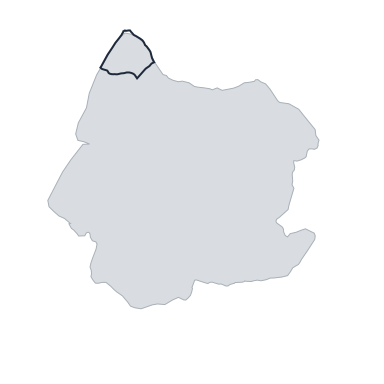 Marowijne on a map of Suriname (Albers equal-area conic projection), rotated 291°
{"feature_id": "SUR-67", "entity_name": "Marowijne", "entity_type": "District", "adm_level": 1, "iso_a3": "SUR", "parent_name": "Suriname", "parent_adm1": "", "projection": "albers", "projection_center": [-54.373, 5.594], "detail": "fine", "context": "in_parent", "style": "outline", "palette": "slate", "viewbox_px": 384, "rotation_deg": 291, "n_neighbors": 0, "source": "natural_earth", "source_scale": "10m", "svg_char_len": 3097}
<svg xmlns="http://www.w3.org/2000/svg" viewBox="0 0 384 384"><g transform="rotate(291 192 192)"><path d="M309.9,100.9L304.6,105.4L298.9,111.8L291.2,122.9L291.6,126.3L289.9,129.1L289.5,134.1L290.0,139.6L292.0,143.2L292.9,150.1L291.4,156.4L292.0,160.0L293.5,165.7L294.8,171.8L294.6,174.3L296.5,176.3L298.2,178.2L297.7,183.7L303.7,193.4L307.4,197.6L312.7,201.7L314.7,205.7L317.7,210.6L319.5,211.1L320.5,213.1L319.5,216.8L319.3,222.0L315.9,228.1L308.0,239.1L307.0,241.7L309.1,250.9L308.0,258.4L307.5,262.0L303.6,268.6L294.4,284.6L289.1,287.4L285.9,292.0L283.8,292.1L281.5,292.5L280.8,293.1L277.9,293.0L275.7,291.0L275.3,288.6L274.1,285.8L271.3,285.0L265.9,285.9L264.3,285.2L261.1,282.3L258.5,279.0L257.8,275.9L256.1,276.2L252.0,279.0L249.2,279.6L247.0,278.9L244.6,279.1L238.3,282.1L234.6,282.8L232.0,285.8L214.7,287.2L210.1,288.0L199.8,282.7L197.1,280.9L195.7,280.7L194.6,281.0L193.5,282.1L191.7,288.8L190.2,290.6L187.4,292.0L184.8,294.6L184.3,297.2L188.3,298.6L191.7,303.6L195.4,307.6L198.3,311.1L197.9,315.1L197.4,320.8L195.3,322.7L191.7,323.6L178.5,320.8L168.4,318.4L164.2,317.8L162.3,317.2L159.8,315.1L157.2,313.2L153.1,312.5L148.2,311.2L144.7,306.2L141.0,299.1L139.7,295.9L136.8,292.8L133.9,288.4L133.1,284.5L130.9,280.9L129.8,279.7L128.1,274.8L127.8,273.0L127.0,272.8L125.8,271.2L123.5,266.0L123.0,264.7L122.0,264.3L119.3,260.6L117.2,259.3L116.4,257.4L116.6,252.3L115.5,249.8L115.2,245.0L115.1,243.1L114.0,241.0L112.2,239.6L111.9,236.1L111.5,227.6L110.6,226.1L102.9,226.2L102.1,227.0L98.8,227.5L95.0,227.6L91.7,226.4L88.9,224.9L88.3,223.0L88.8,217.1L84.3,212.6L77.2,207.0L75.1,199.9L72.5,195.5L64.7,186.3L63.4,179.9L63.4,175.5L66.2,171.4L70.1,164.2L71.7,157.7L72.9,154.3L74.9,149.9L76.8,144.1L75.4,140.5L73.1,137.0L72.3,134.4L74.6,130.6L76.9,127.9L79.5,127.6L82.8,126.0L85.4,123.7L89.3,123.1L94.3,122.9L104.3,122.9L109.4,122.0L111.0,120.1L110.8,116.5L113.4,113.3L116.0,112.0L117.1,110.9L117.3,109.7L116.6,108.6L115.5,107.9L112.7,107.6L110.3,102.0L112.0,99.5L114.2,95.0L114.8,92.5L118.2,88.5L119.0,89.8L121.6,82.5L121.9,76.6L124.0,70.7L127.0,63.8L132.5,60.4L164.3,64.0L178.8,67.4L197.4,73.1L200.1,79.2L200.2,73.2L199.3,67.0L204.5,62.6L215.8,61.1L232.8,63.3L247.4,60.7L267.2,61.0L297.3,66.0L310.8,69.4L316.4,72.5L317.4,78.0L316.9,85.1L314.7,91.9L309.9,100.9Z" fill="#d9dde1" stroke="#a8b0b8" stroke-width="1"/><path d="M309.0,101.6L307.8,103.1L302.8,106.6L300.1,109.4L299.5,110.2L298.0,108.7L297.5,108.3L296.6,107.9L294.3,107.1L290.8,104.7L289.9,104.3L278.4,100.0L280.5,97.0L280.9,96.3L281.1,95.7L281.3,94.9L281.4,94.0L281.4,92.7L281.1,90.5L280.2,88.2L278.6,86.0L277.3,83.3L275.3,80.4L274.8,79.3L274.3,77.5L273.8,76.5L273.3,75.1L273.2,74.6L273.0,73.0L273.1,72.2L273.3,71.5L274.6,70.0L275.0,69.1L274.6,64.0L275.0,62.7L275.3,61.9L277.3,62.3L290.0,64.0L297.8,65.8L303.8,67.0L309.1,68.7L313.6,70.0L315.1,70.1L315.9,70.4L317.5,70.3L317.8,70.8L318.5,71.1L318.8,71.7L318.7,72.4L320.3,75.3L320.6,76.4L320.0,77.1L318.5,80.0L317.8,81.3L317.5,83.8L316.6,88.7L315.9,91.2L315.1,92.6L314.0,94.0L312.9,95.0L312.3,95.6L312.1,96.2L311.7,97.4L309.0,101.6Z" fill="none" stroke="#1e293b" stroke-width="2"/></g></svg>